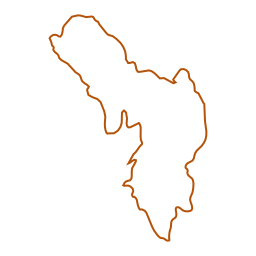 map outline of Điện Biên (Natural Earth projection)
{"feature_id": "VNM-450", "entity_name": "Điện Biên", "entity_type": "Province", "adm_level": 1, "iso_a3": "VNM", "parent_name": "Vietnam", "parent_adm1": "", "projection": "natural_earth1", "projection_center": [102.938, 21.7], "detail": "fine", "context": "isolated", "style": "outline", "palette": "amber", "viewbox_px": 256, "rotation_deg": 0, "n_neighbors": 0, "source": "natural_earth", "source_scale": "10m", "svg_char_len": 3007}
<svg xmlns="http://www.w3.org/2000/svg" viewBox="0 0 256 256"><path d="M107.3,133.6L107.0,133.4L106.2,132.1L105.5,130.1L105.0,127.2L104.8,124.3L105.3,116.7L104.3,111.5L100.6,102.1L97.3,99.0L92.5,97.2L88.4,94.9L87.1,90.0L87.2,89.5L87.4,89.1L87.7,88.7L88.0,88.3L88.9,86.7L87.3,85.0L84.6,83.3L82.4,81.4L81.6,80.0L80.6,76.8L79.8,75.4L78.8,74.4L75.4,72.1L67.7,63.7L61.2,60.0L59.1,57.8L58.4,55.3L56.9,53.6L55.0,52.2L53.5,50.2L53.3,49.4L53.7,47.9L53.7,47.2L53.3,46.6L52.4,45.9L52.1,45.4L51.0,41.3L50.4,40.1L49.6,38.3L50.7,36.6L52.7,35.2L54.6,34.7L57.0,35.2L58.8,36.4L60.4,36.6L61.8,34.6L62.4,32.4L63.0,28.0L64.1,25.7L71.9,16.7L77.8,15.4L80.2,15.5L86.3,17.1L91.7,16.5L93.3,17.1L94.8,19.7L96.4,21.1L97.4,21.4L98.2,21.9L99.2,24.2L106.5,33.3L108.4,34.9L112.6,36.1L116.4,38.9L120.7,43.1L123.2,46.8L125.1,51.2L125.9,55.9L125.9,59.4L126.3,60.0L127.2,61.2L128.1,63.0L129.7,63.0L132.9,62.1L134.9,63.3L135.8,66.2L136.4,69.4L137.7,71.7L139.6,71.9L149.1,70.4L152.0,71.4L155.1,73.7L159.9,78.4L164.0,78.1L173.4,83.2L175.5,82.4L175.1,82.0L174.3,81.3L173.6,80.5L173.2,79.6L173.6,78.9L179.8,70.2L181.4,69.1L183.8,69.1L186.2,70.1L188.0,71.9L188.8,74.0L189.1,77.1L189.8,79.0L192.5,81.5L193.7,83.2L194.3,85.4L194.6,87.9L194.7,90.7L195.1,91.3L197.1,92.7L198.0,93.0L198.6,93.6L203.6,103.2L204.3,104.0L205.0,121.1L206.4,131.4L206.3,135.4L205.5,139.5L203.9,142.8L201.7,145.9L196.8,150.6L195.2,153.1L194.5,155.3L193.9,158.2L193.0,159.9L191.9,161.0L187.8,163.1L186.6,164.2L185.7,165.8L185.5,167.2L185.9,168.2L186.7,168.8L187.4,169.5L187.7,170.8L187.3,172.6L187.6,174.0L188.3,175.3L192.3,178.8L193.1,180.8L193.5,183.8L193.2,188.7L192.5,192.4L190.4,197.5L190.1,199.3L190.4,201.3L192.0,206.1L192.2,208.7L191.5,210.1L190.0,211.0L188.1,211.3L185.9,211.3L184.0,210.9L182.2,209.9L180.7,208.6L179.3,207.6L177.9,207.2L176.7,207.4L176.0,208.0L175.7,209.0L175.9,210.5L176.2,212.5L176.4,214.9L176.0,216.6L175.0,217.9L172.7,219.5L171.7,220.9L171.2,222.8L170.9,227.3L169.5,232.1L169.1,236.4L169.3,239.9L169.3,240.3L168.5,240.6L167.2,240.6L166.2,240.2L164.7,239.0L163.8,238.5L162.7,238.2L160.7,237.9L159.6,237.3L158.9,236.7L157.3,235.0L154.2,230.7L152.2,226.9L148.8,218.6L146.4,212.8L144.7,210.7L142.0,209.4L140.4,209.6L139.6,209.2L139.1,208.3L138.5,207.1L137.8,204.9L136.8,200.0L136.8,199.8L135.5,197.7L134.4,196.9L133.5,196.9L132.8,196.7L132.1,195.4L132.1,194.1L133.1,191.6L133.2,190.4L132.7,188.9L131.6,187.5L130.2,186.4L128.6,185.7L126.2,185.6L124.2,185.8L123.3,185.3L124.5,182.8L126.3,181.3L130.0,180.3L131.3,178.8L131.7,176.6L131.8,170.7L132.2,168.1L135.8,161.6L135.9,160.2L134.4,159.8L132.3,160.9L130.2,162.5L128.5,163.3L133.4,154.4L135.8,152.0L139.8,146.4L142.0,144.1L142.1,143.7L142.1,143.3L142.1,143.0L142.0,142.6L140.9,139.8L140.6,136.7L140.7,127.8L140.5,126.3L140.0,124.9L139.2,123.2L138.6,123.0L138.0,123.5L130.2,127.3L128.3,127.4L127.0,125.9L126.6,123.4L127.0,118.3L126.0,112.4L123.9,110.5L122.0,112.5L121.7,122.9L120.4,127.0L118.0,130.5L114.6,132.9L113.5,133.3L107.8,133.4L107.3,133.6Z" fill="none" stroke="#b45309" stroke-width="2"/></svg>